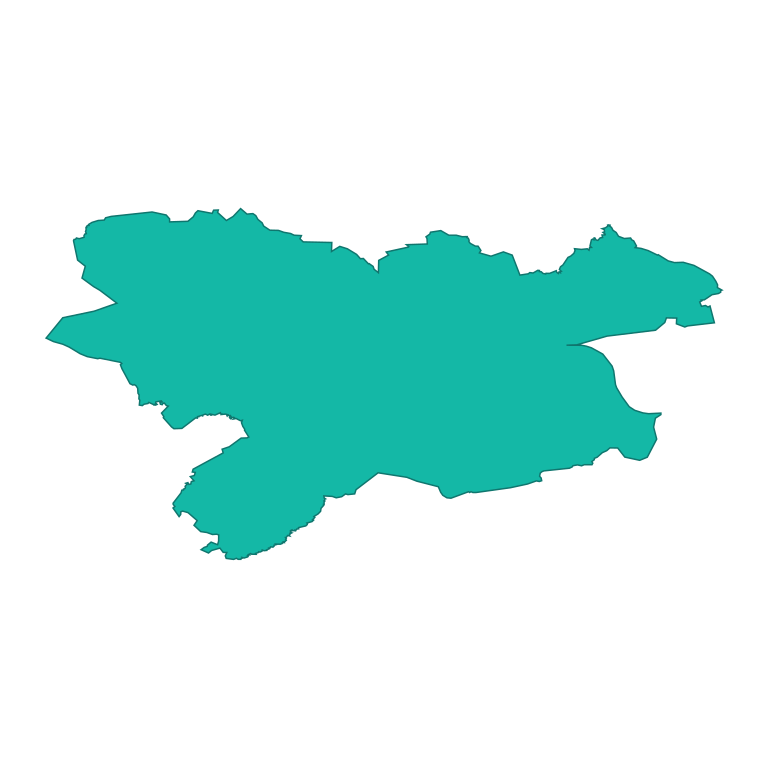 the district of Vaiņodes pag., Vainodes, Latvia
{"feature_id": "27541924B43996006611053", "entity_name": "Vaiņodes pag.", "entity_type": "district", "adm_level": 2, "iso_a3": "LVA", "parent_name": "Latvia", "parent_adm1": "Vainodes", "projection": "robinson", "projection_center": [21.832, 56.407], "detail": "fine", "context": "isolated", "style": "filled", "palette": "teal", "viewbox_px": 768, "rotation_deg": 0, "n_neighbors": 0, "source": "geoboundaries", "source_scale": "gbopen_adm2", "svg_char_len": 6098}
<svg xmlns="http://www.w3.org/2000/svg" viewBox="0 0 768 768"><path d="M226.2,558.4L233.6,559.4L236.4,558.3L238.1,559.3L240.9,559.3L241.1,558.5L242.4,558.1L242.1,557.5L244.1,558.0L247.7,556.9L248.4,555.9L247.5,555.6L248.3,554.5L249.7,554.7L249.4,554.2L250.7,553.5L251.5,554.2L256.1,554.3L255.6,553.4L258.2,552.6L258.7,551.7L259.8,552.1L262.0,551.2L262.2,550.0L264.0,550.7L266.8,550.4L266.7,549.8L269.2,548.8L268.8,548.1L270.1,548.0L270.5,546.9L273.0,547.1L274.1,546.1L274.0,545.3L276.3,544.6L275.8,544.1L280.4,544.2L282.2,543.5L282.2,542.8L284.1,542.6L283.4,541.8L285.0,541.5L286.3,540.3L285.6,539.4L286.3,538.7L285.5,537.5L286.3,537.4L287.6,535.5L289.4,535.9L288.9,535.4L289.9,534.7L289.7,533.9L291.7,532.9L290.6,532.6L291.2,532.0L290.5,531.7L290.4,530.7L292.0,529.9L292.2,530.5L295.2,530.8L295.0,530.2L295.8,530.4L296.6,529.1L298.7,528.8L298.5,527.6L305.8,525.9L307.1,524.7L307.5,523.5L307.0,523.0L312.0,521.6L313.5,520.2L312.5,519.8L314.8,517.4L313.9,516.5L318.1,513.9L320.6,511.3L321.0,508.4L323.7,505.3L323.5,504.4L324.1,504.4L324.1,501.8L324.7,501.2L324.1,500.8L324.7,500.3L324.6,499.0L325.4,498.8L324.2,498.0L323.9,495.9L332.3,496.4L336.2,497.8L341.7,496.7L345.6,493.9L347.8,494.6L354.7,493.9L356.0,489.7L378.1,472.8L406.9,477.3L416.9,481.2L438.3,486.7L440.7,492.3L442.8,495.3L446.9,497.8L451.0,498.2L468.6,491.7L469.6,492.5L471.0,491.7L472.8,492.5L476.1,492.5L510.5,487.7L527.6,484.0L536.4,480.9L539.3,481.5L541.7,480.7L541.1,477.9L539.6,476.3L540.2,473.2L541.7,471.8L543.8,470.9L569.5,468.2L572.2,466.9L573.0,465.7L577.5,464.9L581.6,465.8L584.2,464.7L592.0,464.7L592.8,463.2L591.8,461.6L594.3,459.7L594.4,458.3L597.2,457.2L602.4,452.6L606.7,450.7L609.9,447.9L617.7,448.0L624.8,457.1L639.7,460.3L647.3,457.2L656.7,439.1L653.6,427.1L655.4,418.2L660.9,414.6L660.9,413.1L648.6,413.7L642.9,412.9L634.7,410.3L629.2,406.7L622.1,397.0L616.7,387.9L615.5,384.6L613.7,370.9L612.1,366.1L602.8,354.1L591.4,347.8L586.4,346.2L581.8,345.3L566.5,345.2L576.9,344.8L607.1,336.1L655.6,330.2L664.8,322.5L666.4,317.9L676.7,318.1L676.4,323.8L684.8,327.0L687.7,325.9L714.4,322.8L710.0,306.0L708.0,307.0L705.5,305.5L701.5,306.3L699.7,302.0L701.8,300.8L701.2,300.1L704.4,299.8L712.0,294.7L718.5,293.5L720.7,292.2L720.7,290.5L721.9,290.1L717.4,287.6L717.6,284.9L715.8,281.2L712.5,276.2L709.6,273.9L694.0,265.4L683.2,262.3L674.5,262.6L668.2,260.9L658.2,254.7L657.5,255.1L648.2,250.6L641.1,248.4L635.1,247.6L636.5,246.0L633.7,240.9L631.7,239.8L630.6,238.0L624.3,238.5L618.5,236.3L616.2,232.5L613.0,230.3L611.5,227.4L609.7,226.2L610.1,225.2L608.3,224.9L607.6,225.1L607.8,226.2L605.4,227.8L602.2,228.7L604.2,229.5L604.6,231.9L603.0,232.4L605.2,234.2L605.0,234.9L602.0,235.0L602.6,237.5L600.1,237.9L597.9,240.4L596.1,240.0L594.8,237.9L594.0,238.0L593.9,239.8L592.6,239.1L591.4,239.9L590.0,245.9L591.4,247.4L589.6,247.5L589.0,250.2L587.3,248.8L581.4,249.4L574.5,248.7L575.0,250.6L573.9,253.3L570.7,256.1L568.0,257.4L562.9,265.0L560.5,266.8L559.4,269.5L561.3,271.3L560.2,271.6L560.4,272.7L559.0,272.0L558.3,273.5L556.7,272.3L556.3,270.7L549.5,273.4L546.0,273.3L545.7,274.0L542.9,273.4L541.3,271.8L539.3,271.5L539.4,270.5L537.8,270.3L533.1,273.0L529.8,272.6L528.3,273.8L519.9,275.1L512.2,255.1L503.4,251.9L491.0,256.2L479.4,252.9L480.9,250.5L478.1,246.2L475.3,246.1L470.3,243.4L468.9,241.6L469.1,240.2L468.3,238.2L466.9,237.6L467.2,236.6L462.2,236.7L456.2,235.2L448.8,235.2L440.8,230.6L430.5,232.2L429.8,234.1L426.0,236.8L427.0,238.5L427.3,244.0L406.5,244.7L408.8,246.5L408.5,247.1L386.2,252.0L388.6,255.1L378.7,260.4L378.4,272.7L374.1,269.3L373.1,266.4L369.1,263.6L368.4,263.8L363.4,258.5L360.4,258.7L356.6,254.4L347.4,248.8L339.8,246.4L331.5,251.5L331.8,242.5L303.2,241.9L300.0,238.8L301.4,235.6L294.1,235.2L290.6,233.5L283.8,232.3L278.5,230.4L269.9,230.2L263.7,226.1L262.1,222.8L257.9,219.4L255.8,215.6L252.9,213.6L247.0,214.1L240.6,208.6L233.1,216.5L226.4,220.5L217.6,212.5L218.3,210.0L213.6,210.2L212.2,213.4L197.9,210.7L195.4,213.0L193.3,216.8L187.9,221.3L169.6,221.9L169.6,218.9L166.2,215.0L152.1,212.0L111.2,216.4L105.6,217.8L104.2,220.1L98.2,220.5L92.0,222.4L88.7,224.4L89.0,225.4L87.5,225.5L86.5,226.5L86.7,227.4L86.0,227.6L86.1,230.1L85.5,231.4L86.3,233.6L84.8,234.1L84.0,235.6L84.1,237.3L79.2,238.7L76.4,238.0L75.6,239.3L74.0,239.5L73.5,240.7L77.6,260.1L85.3,266.2L82.0,278.1L93.6,286.6L99.9,290.3L116.9,303.2L94.1,311.2L62.8,317.7L46.1,338.1L53.5,341.6L62.8,344.2L69.2,347.1L80.1,353.7L87.2,356.6L97.7,358.7L99.9,358.2L120.3,362.3L121.5,363.2L121.8,363.5L120.4,364.7L122.0,368.8L130.0,383.7L132.9,385.1L134.2,384.6L136.0,385.7L137.7,388.3L138.0,393.3L139.1,394.9L138.9,398.9L139.8,400.2L139.3,405.1L142.3,405.6L144.1,404.2L148.0,403.5L148.8,402.4L153.6,404.6L155.1,404.4L154.5,405.0L155.5,405.1L157.1,404.4L155.6,403.0L155.9,401.9L161.3,400.9L162.1,401.9L159.9,402.4L160.4,404.2L162.2,404.7L163.0,403.4L164.4,403.1L166.3,405.5L168.3,406.1L161.5,413.1L163.8,416.5L163.3,417.7L171.5,426.9L173.9,428.7L181.9,428.4L195.6,417.9L197.4,418.1L197.5,416.6L198.9,416.7L199.0,416.2L202.0,415.4L202.7,415.9L203.1,414.9L205.4,414.1L207.7,415.2L209.4,414.1L210.9,415.2L211.4,415.1L211.0,414.2L215.0,415.1L220.4,412.7L220.5,413.8L221.8,414.0L221.5,414.5L225.4,414.1L227.5,414.6L226.8,415.1L227.2,416.0L227.7,415.4L230.1,415.8L229.5,417.6L230.6,418.8L231.5,418.7L231.3,416.9L231.8,417.6L233.8,417.3L234.5,417.9L233.6,419.0L236.1,418.5L240.6,420.8L242.3,420.3L241.5,422.8L242.9,426.5L244.7,429.2L244.5,430.2L248.8,437.0L247.0,437.9L241.1,438.1L229.2,446.8L222.1,449.2L223.2,452.9L193.1,469.2L192.3,472.0L195.3,472.4L194.3,475.5L190.3,476.6L194.0,480.8L191.3,481.6L190.8,484.0L188.8,484.4L187.9,482.6L185.7,483.3L187.1,484.3L185.1,486.3L185.5,487.2L185.0,488.5L183.5,489.1L183.5,489.9L181.8,490.2L181.1,492.8L173.1,503.2L173.2,504.4L174.9,506.5L173.0,508.0L179.1,516.6L180.7,514.5L180.8,511.8L182.6,511.1L188.0,512.6L197.2,520.6L194.0,525.3L200.7,531.6L206.9,532.5L212.5,534.5L216.6,534.2L218.7,534.9L218.6,541.0L217.6,544.7L211.1,542.1L207.5,545.1L207.2,546.4L204.2,547.4L201.1,549.7L208.5,553.0L211.6,550.5L219.9,548.1L223.2,552.4L226.8,552.5L225.3,555.9L226.2,558.4Z" fill="#14b8a6" stroke="#0f766e" stroke-width="1.5"/></svg>